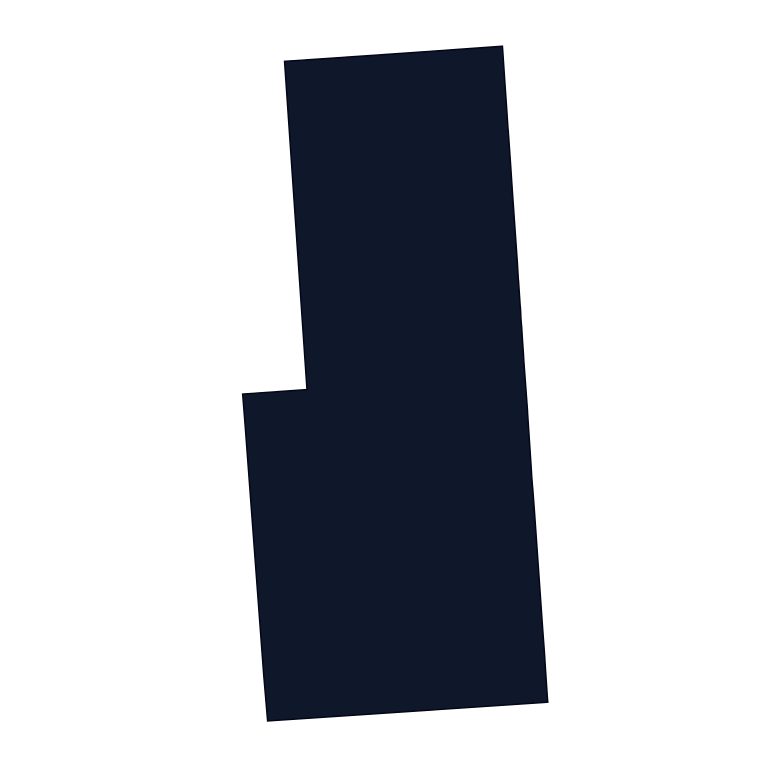 Adams, North Dakota, United States of America, rotated 266°
{"feature_id": "52423323B23495952860942", "entity_name": "Adams", "entity_type": "district", "adm_level": 2, "iso_a3": "USA", "parent_name": "United States of America", "parent_adm1": "North Dakota", "projection": "natural_earth1", "projection_center": [-102.421, 46.114], "detail": "fine", "context": "isolated", "style": "filled", "palette": "ink", "viewbox_px": 768, "rotation_deg": 266, "n_neighbors": 0, "source": "geoboundaries", "source_scale": "gbopen_adm2", "svg_char_len": 790}
<svg xmlns="http://www.w3.org/2000/svg" viewBox="0 0 768 768"><g transform="rotate(266 384 384)"><path d="M102.7,243.7L56.0,244.4L55.2,525.2L55.4,525.2L59.0,525.1L90.5,525.2L104.8,525.3L131.3,525.2L247.0,525.2L267.3,525.1L268.3,525.1L272.1,525.0L282.1,524.9L288.0,525.0L343.4,525.2L348.5,525.3L397.9,525.1L403.5,525.2L408.7,525.2L417.4,525.2L431.3,525.3L434.7,525.2L441.2,525.2L443.9,525.3L449.0,525.4L450.4,525.4L452.8,525.3L478.2,525.4L478.8,525.3L495.4,525.5L568.1,525.5L595.1,525.6L595.3,525.6L606.7,525.6L607.6,525.6L608.7,525.6L616.0,525.6L622.6,525.6L629.1,525.6L629.6,525.5L654.1,525.6L655.7,525.6L671.6,525.6L711.4,525.7L711.5,525.6L712.7,525.7L712.6,434.5L712.8,307.3L383.8,306.8L383.8,242.3L350.4,242.6L102.7,243.7Z" fill="#0f172a" stroke="#020617" stroke-width="1.5"/></g></svg>